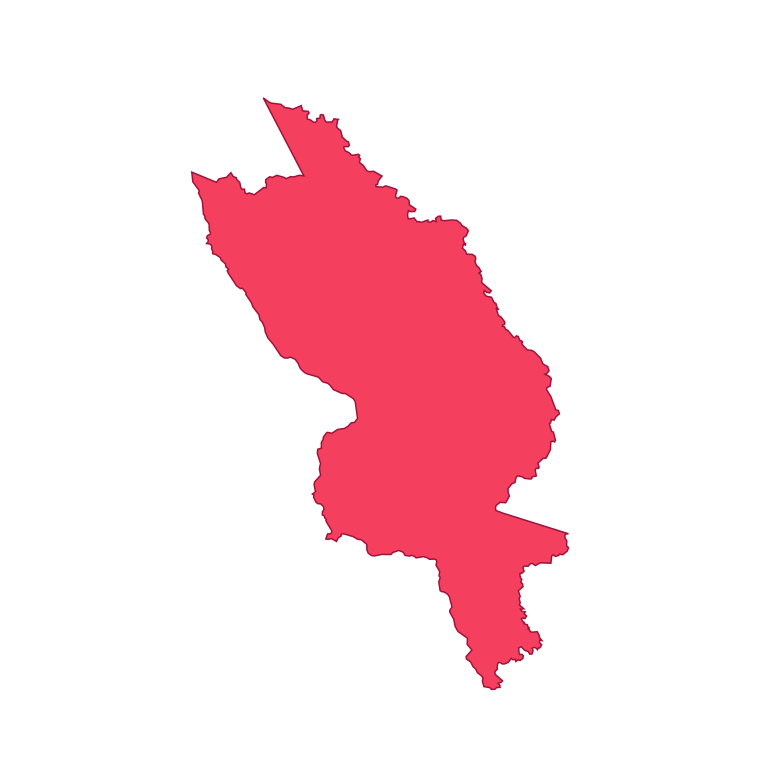 Porangatu, Goiás, Brazil (Equal Earth projection), rotated 305°
{"feature_id": "56859067B80111978571886", "entity_name": "Porangatu", "entity_type": "district", "adm_level": 2, "iso_a3": "BRA", "parent_name": "Brazil", "parent_adm1": "Goiás", "projection": "equal_earth", "projection_center": [-49.251, -13.28], "detail": "fine", "context": "isolated", "style": "filled", "palette": "rose", "viewbox_px": 768, "rotation_deg": 305, "n_neighbors": 0, "source": "geoboundaries", "source_scale": "gbopen_adm2", "svg_char_len": 6171}
<svg xmlns="http://www.w3.org/2000/svg" viewBox="0 0 768 768"><g transform="rotate(305 384 384)"><path d="M353.2,370.4L340.6,382.1L335.9,381.9L333.1,379.3L329.2,378.9L324.9,377.1L320.2,372.1L313.7,369.5L312.1,365.6L310.8,364.9L305.5,364.8L303.9,365.9L300.2,366.2L295.5,369.5L292.5,367.1L288.9,369.2L282.5,377.6L277.6,379.6L272.9,384.4L263.9,383.3L261.4,384.5L256.6,389.6L252.7,388.5L252.8,390.4L250.9,391.2L248.2,396.0L248.0,398.4L249.5,400.9L248.8,404.7L246.9,406.8L244.2,406.8L241.4,408.5L241.6,410.9L240.2,412.5L240.0,414.5L238.6,414.9L237.7,416.6L233.7,425.6L230.9,426.4L228.8,423.8L223.7,425.2L224.5,427.2L227.2,429.6L227.8,435.4L231.8,434.7L234.7,436.1L236.1,435.4L237.4,435.8L238.4,437.6L241.3,446.2L241.7,451.4L243.4,454.8L242.7,462.0L238.4,465.0L236.4,468.1L236.3,472.0L237.5,474.6L243.3,480.1L248.2,487.4L251.2,487.9L256.1,491.6L257.2,495.9L255.7,499.6L257.8,503.8L259.5,504.8L260.2,507.5L260.0,510.0L265.2,515.3L266.5,519.4L266.5,521.8L269.7,526.0L269.8,527.7L269.0,528.9L265.3,530.7L262.4,537.1L258.3,539.2L257.7,541.1L253.4,542.3L246.9,548.5L247.1,550.8L248.1,552.1L248.3,556.7L247.3,559.4L240.4,567.6L236.4,567.7L234.9,568.6L231.4,575.9L226.1,581.5L223.7,586.7L223.6,598.2L218.4,601.5L216.5,608.6L207.9,607.6L206.0,609.2L206.0,614.4L203.5,619.2L203.1,622.6L201.1,626.1L200.9,631.0L199.9,633.8L197.2,634.9L193.4,639.4L196.0,644.8L195.4,647.2L197.6,649.9L199.9,650.4L202.1,653.1L203.7,651.6L204.2,649.2L207.4,651.3L208.9,651.3L209.9,642.0L210.7,640.6L212.7,639.9L215.2,640.5L219.0,637.9L221.5,637.5L222.5,639.0L222.5,641.3L223.5,643.0L227.2,645.5L232.2,645.6L232.0,647.7L233.7,649.6L232.3,651.2L234.7,651.9L235.8,654.3L239.1,655.1L241.4,653.9L241.6,651.9L240.4,650.4L241.1,648.9L245.1,645.7L247.5,647.1L246.5,652.1L247.6,655.5L246.3,658.2L247.7,660.1L251.0,659.1L252.6,657.0L254.1,657.8L254.9,659.8L254.4,662.2L256.0,661.8L257.3,663.0L260.8,662.8L261.4,659.6L263.6,658.6L264.4,660.5L265.6,656.6L266.8,655.8L269.0,651.6L265.5,647.5L265.1,645.7L266.0,644.6L266.1,642.5L267.5,642.9L267.8,640.9L269.0,639.6L268.0,636.1L269.2,635.6L269.0,634.0L270.5,631.2L272.0,631.7L272.6,634.0L275.7,633.9L276.3,630.6L278.4,630.4L276.9,627.5L277.8,624.9L280.0,627.5L280.7,621.6L282.9,621.1L285.9,617.6L288.0,617.5L291.8,612.6L297.7,614.2L299.8,612.0L300.0,609.8L302.9,609.0L303.6,606.9L305.7,604.7L306.9,604.1L308.4,605.6L311.0,606.1L313.2,603.0L315.5,603.4L317.2,606.5L320.6,606.9L322.0,608.2L322.1,612.1L327.1,614.5L332.9,623.5L339.6,619.9L341.1,620.6L341.1,623.3L343.7,625.4L345.4,625.4L346.7,628.4L352.2,629.9L355.7,629.1L356.2,626.4L360.5,623.6L361.6,620.6L364.2,618.8L365.6,619.2L367.1,621.0L346.3,555.1L344.6,548.2L346.6,546.3L348.7,545.5L353.7,547.0L356.5,551.8L364.1,551.0L366.4,547.9L369.5,545.5L376.0,546.1L378.4,547.8L383.1,545.8L385.5,546.2L387.5,551.2L387.2,553.1L389.8,557.8L391.0,559.3L392.9,558.6L396.0,561.5L400.4,557.1L402.4,557.0L403.6,559.0L405.0,558.6L407.3,555.5L413.9,556.8L416.4,559.3L425.6,558.0L432.5,553.7L433.9,555.0L434.4,557.0L436.2,556.8L441.8,550.3L441.3,548.6L446.2,542.3L447.9,542.7L450.9,541.5L451.9,544.1L455.9,543.7L460.2,544.8L462.3,542.1L461.4,539.5L469.4,527.9L472.7,520.3L474.7,519.6L477.4,521.3L484.4,517.9L485.1,515.0L484.3,510.2L486.0,511.4L489.4,511.7L492.1,508.2L491.6,502.6L495.0,497.3L496.6,488.4L496.2,485.5L494.1,481.8L495.4,475.3L496.4,473.5L497.9,473.5L498.2,471.9L497.6,470.4L499.9,466.6L499.3,464.8L497.3,464.7L496.6,463.1L499.0,454.6L498.5,452.4L500.0,449.9L499.3,447.8L500.9,447.5L502.1,448.6L504.0,447.4L506.0,441.6L505.7,438.4L510.0,433.0L510.8,434.7L512.0,431.9L514.0,429.8L514.0,427.3L516.7,422.3L514.6,417.4L515.7,413.5L518.1,412.6L518.0,415.4L519.2,418.3L521.9,418.4L523.1,405.7L526.5,403.9L529.3,400.4L529.3,398.1L531.8,399.1L533.8,394.9L534.0,392.3L536.2,388.5L539.4,387.2L540.9,385.5L540.8,381.9L537.8,377.3L539.8,374.2L540.2,370.4L543.9,368.9L544.5,371.0L545.7,370.5L545.7,368.7L548.1,365.6L549.8,365.1L552.6,366.4L558.0,365.2L558.9,362.1L558.5,356.9L559.6,354.3L559.8,349.8L557.2,345.4L552.1,339.4L551.1,336.8L554.0,334.2L552.7,332.4L549.3,331.2L547.0,333.8L546.0,330.3L543.4,329.4L542.1,327.2L543.5,325.9L537.7,321.8L537.3,319.7L535.8,318.1L537.3,313.3L534.4,310.9L533.3,308.9L536.2,306.2L540.0,304.5L540.4,306.8L542.9,310.2L545.5,309.8L545.4,302.0L548.6,299.3L549.3,296.2L548.3,292.0L547.4,290.1L544.4,289.2L543.6,287.4L544.5,285.6L550.3,283.5L550.4,281.7L547.3,271.7L544.8,270.4L541.0,264.3L542.3,263.1L543.8,264.2L546.9,262.8L553.2,263.1L552.3,253.5L549.4,250.0L548.8,247.6L551.2,241.7L551.3,237.0L555.1,235.2L555.4,233.0L557.4,232.9L557.4,231.1L553.7,227.6L552.8,225.4L553.4,223.3L552.9,218.5L554.3,215.5L555.6,215.2L557.8,218.5L559.5,218.8L562.0,216.0L561.5,213.7L562.3,208.3L566.7,203.2L567.0,198.9L567.9,197.4L572.9,194.9L574.6,194.9L572.6,191.0L568.9,191.2L565.5,186.6L566.1,184.3L569.5,180.2L569.0,178.3L567.7,177.5L565.1,179.0L562.8,176.6L561.2,178.2L558.9,177.5L557.9,175.8L558.2,172.7L557.1,169.4L559.7,167.0L563.0,167.2L563.9,165.7L561.1,160.7L564.6,156.6L556.7,151.7L555.5,147.8L553.6,144.6L553.9,139.0L549.5,130.7L549.0,128.3L549.1,121.0L508.5,199.0L506.5,195.0L501.9,191.3L500.3,188.6L496.1,186.0L495.8,183.2L493.5,176.6L489.2,174.1L488.2,171.5L483.7,169.9L481.3,171.3L480.0,173.4L476.9,174.9L475.9,172.7L464.7,169.2L463.2,164.0L461.0,162.7L461.1,160.4L463.6,157.9L462.1,156.3L462.7,154.1L466.4,150.2L467.0,146.2L468.2,144.7L467.5,141.3L469.3,137.4L463.0,136.4L457.3,131.1L453.1,131.1L447.3,105.0L439.9,111.5L436.4,121.9L434.0,122.6L429.8,130.1L419.5,138.7L418.8,140.9L416.7,142.6L414.9,148.8L409.4,153.0L408.4,155.2L406.8,155.6L404.2,154.2L401.8,155.1L401.3,157.4L399.5,158.3L397.3,158.1L398.9,161.4L398.2,164.1L396.1,164.9L394.3,167.8L392.5,168.9L393.6,172.4L393.6,177.5L392.1,179.6L391.5,185.1L389.2,187.5L388.9,190.9L386.8,190.6L385.4,193.0L379.9,206.9L379.8,211.6L381.2,212.9L379.8,218.5L378.1,219.5L374.5,228.8L372.0,232.4L369.0,241.8L365.6,245.4L364.9,248.7L361.6,254.1L358.6,256.8L355.1,262.5L353.1,270.2L348.0,283.2L348.2,287.5L350.1,290.3L352.3,291.8L353.3,297.0L351.8,301.5L348.7,306.6L347.8,312.2L348.1,314.8L352.0,326.3L350.6,332.5L352.3,337.4L352.2,340.0L350.4,345.8L352.2,354.9L354.1,358.1L354.4,367.4L353.2,370.4Z" fill="#f43f5e" stroke="#9f1239" stroke-width="1.5"/></g></svg>